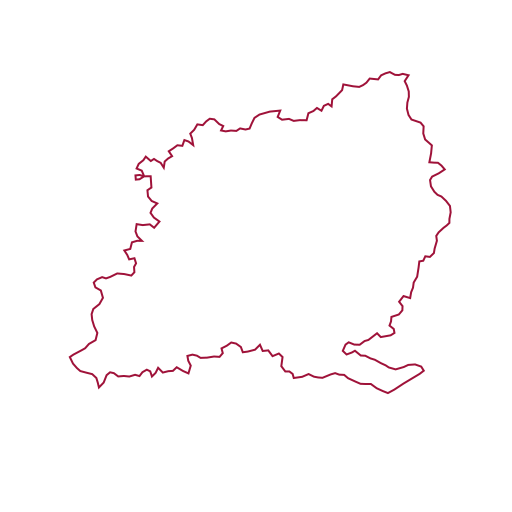 Tamarana, Paraná, Brazil, rotated 170°
{"feature_id": "56859067B49132852367712", "entity_name": "Tamarana", "entity_type": "district", "adm_level": 2, "iso_a3": "BRA", "parent_name": "Brazil", "parent_adm1": "Paraná", "projection": "mercator", "projection_center": [-51.042, -23.816], "detail": "fine", "context": "isolated", "style": "outline", "palette": "rose", "viewbox_px": 512, "rotation_deg": 170, "n_neighbors": 0, "source": "geoboundaries", "source_scale": "gbopen_adm2", "svg_char_len": 3657}
<svg xmlns="http://www.w3.org/2000/svg" viewBox="0 0 512 512"><g transform="rotate(170 256 256)"><path d="M111.5,187.8L109.5,193.4L106.9,197.5L105.3,202.5L100.9,207.6L97.9,216.4L96.1,222.3L92.1,222.3L89.3,226.3L84.9,224.9L80.3,228.0L78.8,232.3L75.2,239.6L75.0,244.5L72.0,247.6L66.4,251.2L63.0,252.9L59.8,255.0L59.1,258.9L56.7,265.2L56.3,271.6L59.3,277.3L63.1,282.4L66.6,284.7L69.2,288.3L71.6,294.2L71.4,300.6L68.8,303.6L61.6,305.7L55.1,308.5L57.7,312.9L60.6,316.2L64.8,317.1L69.0,318.2L65.8,326.5L63.6,334.4L69.2,341.4L70.0,347.6L68.4,354.6L70.8,358.8L79.2,363.4L81.3,368.4L81.8,374.9L80.3,380.8L77.8,386.2L77.0,391.5L77.8,397.6L79.2,402.4L74.4,407.5L79.9,409.9L83.9,409.4L87.7,410.3L92.3,413.9L96.8,413.4L101.4,412.2L105.1,408.7L113.2,411.0L117.2,407.5L120.9,405.7L125.0,404.6L131.0,406.3L140.2,409.8L142.4,404.4L149.5,399.3L153.7,397.1L155.6,390.2L158.5,393.3L163.1,392.1L166.3,387.7L170.3,391.2L174.3,388.8L179.6,387.5L182.6,380.9L189.4,382.2L195.4,382.5L199.7,385.3L206.7,385.7L210.5,389.2L206.9,395.0L217.3,395.8L221.1,395.4L228.0,394.7L233.5,392.3L237.1,387.4L240.2,382.6L244.4,382.4L249.5,384.4L253.6,382.6L258.9,383.9L264.2,384.0L268.6,385.7L265.7,389.7L269.3,392.3L273.3,397.8L277.7,399.2L281.7,397.2L285.7,394.1L290.9,395.8L295.0,391.0L299.5,387.9L298.6,383.3L298.6,376.1L302.6,380.5L306.4,382.6L309.4,377.3L314.2,378.7L319.0,376.3L323.7,374.3L321.3,368.9L325.6,367.3L329.5,364.9L331.5,359.0L333.7,364.3L336.9,366.7L339.6,369.3L343.1,367.8L347.3,373.0L350.3,369.9L355.5,367.1L358.4,362.9L353.7,359.9L352.3,353.9L345.9,352.8L347.1,341.6L351.5,339.6L352.0,333.3L349.2,328.3L344.1,324.9L349.9,320.8L352.4,316.8L349.9,311.6L345.1,306.7L351.4,301.5L355.1,305.6L362.2,306.1L368.0,308.1L370.4,301.1L369.4,295.9L365.7,290.7L370.4,291.6L375.8,291.0L378.6,284.8L384.7,284.3L382.6,279.4L381.5,274.7L376.1,274.9L375.4,269.6L378.0,266.4L378.6,261.1L382.2,258.4L388.9,261.1L395.7,262.9L403.3,260.7L407.6,260.0L411.2,261.9L416.7,260.6L420.4,258.0L419.6,253.0L414.8,249.0L414.0,241.4L418.6,235.8L425.4,232.1L428.0,227.3L428.4,221.4L427.6,214.8L425.6,207.8L428.6,201.0L435.8,198.4L440.3,194.8L444.3,193.4L448.6,192.0L452.9,190.6L456.9,188.8L454.9,181.8L451.8,176.7L449.0,173.2L443.2,170.5L437.8,168.1L434.4,163.6L433.8,158.7L433.5,153.8L428.0,157.8L423.8,164.6L419.9,166.8L416.3,165.3L412.6,161.3L407.0,160.8L401.7,159.3L395.7,160.0L391.6,158.0L388.0,161.3L383.3,163.0L380.2,160.8L379.4,155.4L375.2,158.3L371.8,162.9L368.0,157.4L362.4,157.8L357.8,157.3L353.4,160.2L347.8,155.4L342.9,152.1L339.3,159.4L340.9,164.6L340.9,169.5L335.7,169.9L331.5,168.1L328.3,165.3L321.8,164.4L314.8,164.3L309.4,163.0L305.6,166.1L306.0,171.0L300.4,172.7L295.4,175.1L290.8,173.2L286.7,169.0L285.7,163.5L280.7,163.3L273.2,163.9L267.5,167.9L265.9,161.3L260.3,160.9L257.1,154.5L250.4,156.0L247.4,151.9L250.2,143.1L247.2,137.2L243.2,136.5L240.4,133.5L240.0,129.3L231.5,129.0L224.7,130.6L219.9,127.1L215.9,125.6L211.7,124.5L203.0,126.4L198.4,126.9L194.6,124.7L189.8,123.6L186.6,119.7L179.8,115.0L175.3,112.0L170.3,110.9L165.1,110.0L160.1,104.8L154.6,101.0L149.9,98.1L143.0,100.4L132.8,104.8L115.3,111.5L110.7,113.9L112.5,118.4L118.2,121.6L125.0,122.3L129.8,121.0L138.2,120.1L144.6,123.2L147.3,125.8L151.5,128.7L157.0,133.2L161.1,135.3L165.7,138.8L170.1,139.8L175.0,145.5L178.4,144.3L183.9,143.3L187.0,147.5L183.2,153.2L179.7,154.9L174.6,151.7L169.3,150.6L163.8,153.4L159.9,153.8L153.8,157.0L150.2,158.9L147.2,154.5L137.2,154.5L133.0,156.2L133.0,160.2L136.6,164.3L134.4,168.1L133.2,172.5L125.5,173.6L121.3,177.1L120.4,181.2L123.0,186.1L117.7,190.9L111.5,187.8ZM352.3,353.9L356.6,356.0L360.7,356.3L361.1,352.1L357.4,351.8L352.3,353.9Z" fill="none" stroke="#9f1239" stroke-width="2"/></g></svg>